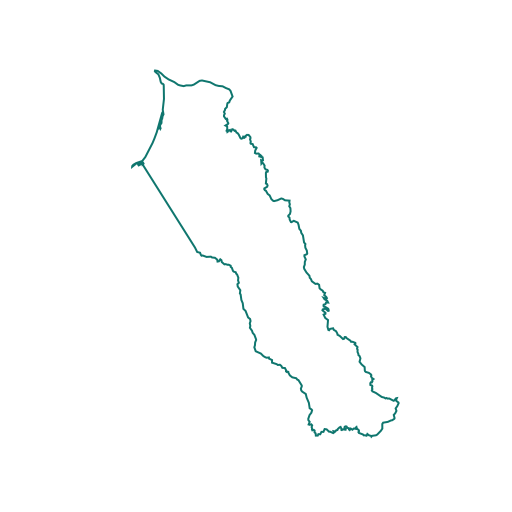 outline of Zarumilla, Tumbes, Peru, rotated 342°
{"feature_id": "86281439B62474480123859", "entity_name": "Zarumilla", "entity_type": "district", "adm_level": 2, "iso_a3": "PER", "parent_name": "Peru", "parent_adm1": "Tumbes", "projection": "robinson", "projection_center": [-80.243, -3.654], "detail": "fine", "context": "isolated", "style": "outline", "palette": "teal", "viewbox_px": 512, "rotation_deg": 342, "n_neighbors": 0, "source": "geoboundaries", "source_scale": "gbopen_adm2", "svg_char_len": 6124}
<svg xmlns="http://www.w3.org/2000/svg" viewBox="0 0 512 512"><g transform="rotate(342 256 256)"><path d="M310.0,463.4L310.9,462.9L314.7,463.6L316.1,463.3L320.8,460.8L322.8,459.2L324.2,454.8L325.4,453.8L330.1,454.5L333.6,454.1L334.7,454.3L337.2,453.6L337.7,453.0L337.9,449.7L339.8,448.6L341.7,446.7L341.7,444.1L343.9,442.5L346.2,440.0L346.2,439.3L344.7,437.3L345.0,435.8L346.0,434.7L345.2,434.6L342.7,436.2L342.1,436.2L338.7,432.7L337.1,432.3L336.3,431.4L335.2,431.5L334.2,430.3L332.0,428.9L327.7,423.3L324.9,420.7L324.6,419.6L325.6,418.5L325.5,417.5L326.4,415.9L326.4,415.2L324.9,414.0L325.4,412.3L326.2,411.6L327.1,412.0L328.0,411.2L328.2,409.8L329.7,409.3L328.5,407.7L328.2,405.8L328.9,405.0L328.7,404.1L327.2,402.0L324.6,400.2L324.1,399.3L324.1,398.5L325.0,395.2L322.9,391.7L321.8,388.6L323.7,385.6L323.6,383.2L322.8,381.9L323.1,380.7L322.9,378.6L323.7,376.5L323.4,375.5L324.4,374.0L322.5,370.5L323.5,369.9L323.6,369.3L321.3,367.4L319.9,367.0L319.6,365.7L316.7,362.0L316.3,360.8L315.3,360.5L314.2,361.9L313.1,361.9L310.9,357.8L309.2,356.1L309.4,354.9L308.9,352.3L307.1,350.2L307.0,348.6L303.9,348.2L302.6,349.2L302.0,348.7L302.1,345.4L304.7,339.2L302.7,336.3L302.2,332.6L304.2,332.4L304.5,331.5L302.4,328.2L303.0,327.4L305.3,327.5L306.1,328.0L307.4,330.4L308.1,330.6L308.4,330.1L308.4,328.5L306.4,326.1L304.8,325.0L304.8,324.2L305.3,323.2L307.1,323.3L308.3,321.9L310.2,322.6L309.9,320.6L307.8,318.3L307.4,316.7L309.6,318.4L310.4,318.0L310.2,316.7L308.8,314.3L310.3,312.4L308.9,311.3L308.7,309.6L307.1,307.6L306.5,306.3L307.1,302.9L305.9,301.3L303.9,300.9L301.3,297.3L301.1,294.9L300.4,293.3L300.7,291.3L298.9,287.3L297.9,283.1L298.1,281.3L299.7,279.3L300.6,276.7L302.3,274.6L301.9,271.4L302.3,270.2L304.9,270.0L305.5,269.4L306.0,266.5L305.5,263.4L306.0,261.0L306.7,259.9L305.9,258.0L307.0,250.9L306.2,248.0L306.5,245.8L305.6,243.6L306.1,239.4L306.0,237.1L302.8,234.2L300.2,234.8L299.7,234.5L299.3,231.8L299.7,229.8L298.9,228.4L299.2,227.6L301.3,226.5L302.7,224.2L303.5,221.1L303.0,219.0L304.2,217.2L304.2,215.4L305.0,213.7L300.8,212.0L299.2,210.0L297.8,209.1L293.7,209.6L290.3,209.4L289.5,209.0L288.2,206.7L287.7,202.6L286.3,200.6L285.6,197.0L284.8,196.2L284.5,195.0L284.8,194.3L288.0,193.6L288.8,192.5L288.7,191.0L287.8,190.1L289.8,185.5L289.8,184.2L291.1,180.0L291.7,179.3L293.2,179.4L293.7,178.4L293.4,177.6L292.0,176.7L291.5,175.5L291.4,174.2L292.1,172.7L291.4,169.9L290.6,169.2L289.7,169.8L290.5,166.5L291.5,167.4L292.2,167.2L292.8,164.3L291.9,163.7L292.2,163.0L291.7,162.0L291.0,163.0L289.9,162.3L290.7,160.7L290.1,159.3L287.8,158.7L286.8,157.7L287.9,155.4L290.0,153.4L289.7,152.7L287.7,151.9L287.4,148.5L285.7,147.6L285.6,146.9L286.4,145.5L286.4,143.1L287.2,142.2L287.4,141.2L286.4,138.6L284.8,138.0L283.5,138.5L282.9,139.4L282.0,138.9L281.4,140.0L280.9,139.8L280.5,138.8L279.5,139.9L278.2,139.9L277.6,138.9L277.1,135.2L276.5,133.5L275.6,132.6L275.2,130.4L274.3,130.4L273.6,128.8L272.6,128.1L270.8,129.9L270.2,129.5L270.2,128.1L268.8,128.2L268.3,127.6L267.7,129.0L267.1,129.2L267.2,128.4L266.7,127.8L267.9,126.4L268.6,123.8L267.3,122.5L270.3,121.7L270.7,121.2L270.2,118.4L270.9,117.8L270.8,116.4L269.6,116.3L268.7,113.3L269.1,112.2L270.3,111.0L270.0,109.1L271.6,107.6L272.1,106.5L274.2,105.5L275.9,102.1L276.3,101.7L278.0,101.6L279.2,100.0L283.0,97.1L282.8,91.1L282.0,89.2L279.3,87.0L276.7,84.3L273.0,82.7L270.3,81.0L266.1,76.6L258.9,72.4L256.5,72.0L249.8,73.8L247.3,73.8L242.5,72.2L239.7,72.1L236.5,70.3L234.8,69.1L232.1,65.4L227.4,61.0L224.3,57.0L222.3,53.1L219.7,49.6L217.3,48.4L216.9,49.0L217.2,49.9L219.3,53.1L219.6,56.8L219.2,61.0L219.6,62.8L220.6,63.5L221.1,64.4L220.8,65.8L217.0,78.2L212.5,88.1L211.8,92.7L210.4,94.1L209.1,96.6L208.4,97.0L207.2,100.3L205.2,101.9L204.7,103.4L204.7,105.1L204.4,105.4L204.3,104.0L203.1,104.5L203.1,104.2L205.4,100.7L206.1,100.4L207.1,99.4L207.8,97.1L211.6,91.9L212.0,90.0L210.9,91.0L199.8,107.7L195.6,113.0L192.5,116.6L181.3,127.7L177.2,130.5L170.8,130.6L167.6,131.3L166.1,132.2L165.8,132.9L171.1,130.9L174.1,131.5L172.2,132.7L172.4,133.5L173.0,133.5L174.7,132.2L175.1,132.2L174.2,133.3L175.4,133.1L176.1,133.8L175.9,132.8L176.9,132.1L177.3,132.3L176.9,133.3L178.1,132.6L176.6,134.5L200.6,229.2L201.3,234.0L203.8,235.6L203.9,237.8L204.3,238.9L205.4,239.0L208.7,241.6L212.9,242.7L213.7,243.8L216.4,245.0L218.0,247.5L217.7,249.4L219.1,249.6L221.0,248.1L221.8,249.3L221.6,251.2L223.4,254.2L224.5,254.3L226.5,255.7L227.3,255.8L228.9,257.4L228.6,258.6L229.4,259.8L229.5,263.0L229.9,263.9L231.7,265.2L231.7,266.7L232.3,267.7L232.5,271.2L231.4,273.6L231.4,276.2L229.6,277.1L229.2,279.4L230.5,283.7L229.1,286.7L229.5,287.8L228.5,293.3L228.8,296.8L227.7,302.4L229.1,305.0L229.5,312.0L230.9,314.1L230.7,316.2L229.3,318.1L229.0,320.7L228.0,322.4L229.1,325.8L229.1,328.1L230.1,330.5L230.3,335.1L230.2,335.9L228.5,337.9L227.4,340.6L226.2,342.3L226.3,346.5L230.5,350.3L232.1,353.5L233.6,355.2L234.6,356.0L236.9,356.5L236.7,357.6L239.1,359.9L238.3,362.4L242.2,365.2L243.1,366.4L245.1,366.8L246.1,368.3L246.5,370.5L248.9,371.5L249.3,373.9L248.9,375.0L249.4,375.8L250.4,375.7L250.9,376.2L250.7,376.8L251.3,380.0L253.0,382.6L256.5,384.7L257.1,386.4L258.0,387.1L259.5,393.3L259.2,394.2L257.7,396.0L257.5,397.8L258.0,399.2L260.7,402.6L260.4,406.4L260.9,412.0L260.0,417.4L261.4,419.1L261.7,420.0L260.2,422.2L257.8,423.8L255.4,427.0L255.1,428.3L255.8,430.3L254.0,432.5L255.0,433.2L256.5,433.1L257.1,434.4L256.0,435.9L256.1,437.3L255.6,438.2L255.7,439.2L257.2,439.2L257.8,440.1L257.2,441.8L257.9,443.1L257.4,445.3L259.2,445.9L260.3,444.7L262.0,445.4L263.9,443.5L265.8,444.1L267.8,441.8L269.6,442.7L271.2,445.7L272.1,445.9L274.7,448.3L275.8,447.9L275.7,446.6L277.2,447.4L278.5,446.5L279.6,446.7L280.2,445.9L282.5,444.8L283.6,444.7L283.8,446.4L283.5,447.9L283.8,448.1L285.0,447.7L287.5,448.9L287.9,448.2L287.0,446.8L287.6,445.8L288.6,445.7L289.4,446.1L289.8,447.7L291.1,448.5L290.8,449.7L291.3,450.5L292.8,449.4L294.0,451.0L295.7,450.3L297.8,451.4L297.9,450.0L298.7,449.7L298.6,451.2L300.0,453.6L299.8,454.5L299.0,455.1L299.2,456.1L302.5,458.7L303.1,459.9L304.4,460.2L305.3,461.0L305.6,461.1L306.9,459.7L307.9,461.3L310.0,462.8L310.0,463.4Z" fill="none" stroke="#0f766e" stroke-width="2"/></g></svg>